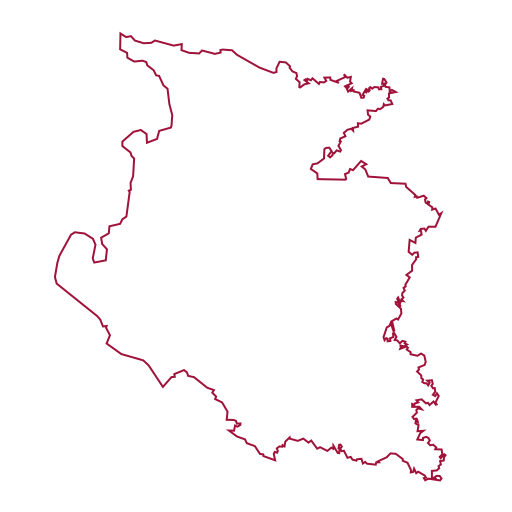 Nablus, West Bank, Palestine, rotated 183°
{"feature_id": "87354302B42764778113026", "entity_name": "Nablus", "entity_type": "district", "adm_level": 2, "iso_a3": "PSE", "parent_name": "Palestine", "parent_adm1": "West Bank", "projection": "natural_earth1", "projection_center": [35.262, 32.179], "detail": "fine", "context": "isolated", "style": "outline", "palette": "rose", "viewbox_px": 512, "rotation_deg": 183, "n_neighbors": 0, "source": "geoboundaries", "source_scale": "gbopen_adm2", "svg_char_len": 5906}
<svg xmlns="http://www.w3.org/2000/svg" viewBox="0 0 512 512"><g transform="rotate(183 256 256)"><path d="M441.9,267.5L452.3,246.0L454.0,239.0L455.7,224.5L453.6,218.0L411.3,187.6L408.2,184.3L405.1,177.6L401.5,178.3L402.0,176.5L397.7,169.2L400.6,160.8L385.3,151.0L363.2,145.9L357.6,141.3L342.1,120.4L334.1,130.6L330.8,131.1L331.4,133.8L321.9,138.3L318.8,136.1L317.5,132.7L311.6,131.8L297.8,121.9L291.0,119.9L292.5,117.2L288.5,113.6L289.3,111.0L282.2,108.0L276.3,99.1L276.7,90.9L269.8,91.1L267.4,90.3L266.3,87.6L262.8,88.0L262.8,86.5L265.6,84.6L268.0,85.6L268.8,80.4L273.9,80.3L265.6,74.8L257.4,72.3L255.4,68.6L247.2,66.1L241.6,58.5L238.4,58.3L238.1,56.6L226.2,53.0L227.9,59.3L227.0,61.4L224.7,60.6L224.0,62.4L225.2,64.9L222.6,67.1L219.7,66.9L219.5,68.5L217.6,67.4L217.0,72.2L212.9,76.6L212.6,75.3L204.6,73.6L199.2,76.1L193.8,72.4L191.2,74.6L184.8,66.8L182.0,68.4L174.5,65.1L170.8,68.5L168.8,67.5L168.8,70.7L164.1,63.6L162.6,63.5L162.6,68.7L163.5,68.6L163.1,71.8L161.8,72.1L160.3,70.2L161.8,68.0L160.4,65.6L158.0,66.1L154.1,59.3L150.9,60.3L149.0,57.7L145.0,56.9L144.6,58.2L140.1,59.0L138.4,54.4L136.2,56.1L134.3,54.4L125.5,53.9L125.2,56.1L122.5,56.4L123.5,57.3L115.0,61.8L111.4,65.9L106.1,65.8L98.8,60.9L98.7,59.2L93.9,57.5L90.0,50.3L90.1,48.0L87.7,48.6L87.0,51.9L84.6,47.5L82.7,49.1L76.0,45.6L74.8,43.8L76.7,43.0L75.3,40.9L72.3,42.7L60.5,41.5L59.1,43.5L61.0,45.9L64.0,45.9L66.3,44.3L65.2,43.3L69.6,42.7L68.7,43.6L69.1,50.6L64.3,51.3L62.0,53.6L62.7,55.7L60.5,57.5L61.4,60.8L57.8,61.6L57.8,64.7L56.3,67.0L57.7,67.9L61.0,63.7L62.0,65.0L59.6,67.7L60.5,72.5L66.9,72.4L66.0,74.3L69.2,76.8L72.1,76.1L74.5,78.3L72.8,80.8L74.0,83.1L76.4,84.3L79.8,83.1L79.7,80.9L85.3,81.2L82.7,87.7L79.7,90.2L85.5,89.5L84.8,95.6L88.0,97.2L87.8,99.6L85.7,98.6L86.2,100.3L87.1,102.0L89.7,101.5L91.3,103.5L87.2,107.9L87.8,110.6L86.3,112.3L82.6,111.6L85.1,114.0L92.1,113.5L92.3,116.4L90.1,115.5L89.8,117.0L86.3,118.3L88.2,120.3L83.1,121.5L78.5,117.7L76.5,118.4L74.9,116.2L71.1,120.0L68.6,116.9L67.8,117.3L69.1,118.9L66.2,125.8L68.1,128.3L69.7,125.5L72.1,126.7L69.9,129.8L70.6,133.5L72.3,133.1L74.1,135.6L72.8,137.5L73.8,141.1L78.4,140.5L76.0,138.5L77.3,135.8L79.0,137.8L81.3,137.8L83.3,138.9L82.7,141.5L84.5,142.7L84.7,145.4L89.1,149.1L87.3,151.1L87.9,153.2L81.9,156.0L81.0,159.2L82.7,165.4L86.1,167.2L89.6,164.8L96.5,166.0L96.6,168.1L100.6,170.5L99.5,172.4L101.0,173.5L107.1,170.9L106.3,173.2L107.7,174.3L103.4,173.5L100.5,175.5L103.0,176.6L102.3,178.2L105.3,178.9L107.8,176.3L110.5,179.1L113.1,179.4L111.5,182.6L114.0,186.3L115.1,185.8L114.6,182.3L117.8,180.8L117.4,178.2L120.1,177.7L120.2,180.2L121.6,180.8L123.2,178.6L124.4,181.6L121.7,191.5L119.1,193.2L118.0,196.2L114.8,188.3L114.0,188.7L116.8,198.1L112.6,200.9L110.8,200.0L107.8,206.3L108.5,210.9L113.8,215.4L114.1,217.3L112.1,217.2L108.8,212.9L112.8,220.6L111.9,222.0L109.5,216.8L108.6,218.9L106.7,218.7L108.5,220.3L106.6,222.2L108.1,224.3L107.9,226.7L105.6,229.2L107.0,231.9L104.9,233.5L105.4,234.9L101.4,242.7L104.8,245.0L99.3,249.5L99.7,255.2L95.9,261.1L96.1,263.1L93.9,263.6L94.8,268.1L98.0,267.6L100.0,265.4L103.8,268.1L103.4,280.1L97.5,277.4L97.4,282.7L91.7,286.0L92.8,290.3L93.8,289.9L92.9,291.7L89.2,292.2L87.7,290.0L85.2,294.3L78.3,294.6L73.2,308.5L75.5,306.8L79.2,312.8L82.5,311.5L82.4,313.8L86.7,316.5L85.8,318.9L87.1,319.4L87.8,317.3L89.4,318.2L90.2,321.3L88.8,322.7L91.6,325.0L98.1,322.6L98.6,324.0L100.5,323.4L100.1,325.3L109.7,332.9L110.5,336.0L125.2,335.9L128.5,340.8L148.1,341.2L151.4,348.2L155.1,350.9L150.7,353.4L156.0,356.4L163.6,346.8L166.6,347.8L167.9,344.1L171.4,342.5L170.0,337.6L170.9,336.9L198.5,336.0L199.1,341.7L205.8,345.8L204.2,350.5L199.5,351.7L193.2,356.9L193.3,366.3L191.7,367.6L188.5,368.0L186.0,364.7L189.2,359.9L187.1,358.4L184.9,360.6L184.6,363.1L183.3,362.6L181.0,365.7L177.4,364.7L176.7,366.2L179.4,370.3L177.3,374.8L178.5,375.1L178.0,377.8L173.0,380.2L174.7,383.6L171.3,386.8L167.5,388.1L165.6,386.3L166.0,388.9L160.8,390.5L161.2,393.9L157.9,393.6L150.0,398.2L149.2,401.3L151.5,403.0L152.2,407.3L143.8,407.0L141.9,409.5L139.8,409.1L136.8,411.5L136.3,414.3L135.2,413.1L127.9,414.9L129.6,418.4L131.9,418.4L133.0,420.1L131.4,421.2L131.7,425.3L125.0,427.1L129.0,429.0L131.0,426.9L131.6,431.4L135.4,431.7L136.3,433.4L134.8,436.1L137.1,439.4L138.4,439.7L139.1,434.6L137.2,434.9L137.1,432.7L140.1,431.4L139.6,429.1L141.9,428.9L142.6,430.8L146.7,430.9L148.7,429.2L150.6,430.6L151.8,429.5L151.1,427.5L152.3,426.1L153.2,427.0L155.0,424.3L153.2,427.8L154.8,428.6L158.0,422.5L156.3,421.7L156.7,419.8L159.1,419.5L161.2,424.4L167.2,425.5L167.3,426.7L169.4,425.9L168.9,428.6L172.6,425.0L174.0,427.6L171.6,430.5L174.6,428.8L176.0,430.1L169.5,433.5L171.2,435.1L170.7,439.8L174.1,438.8L177.7,442.1L176.2,439.4L185.0,434.8L182.3,433.2L190.9,435.8L191.2,438.2L197.0,437.7L195.0,434.5L197.2,432.9L201.3,433.1L202.2,431.1L208.9,436.4L210.4,434.3L213.8,435.6L214.2,434.0L215.6,435.1L216.8,434.2L212.4,431.2L216.7,430.0L220.7,426.6L221.6,427.0L221.5,431.8L225.5,435.0L224.4,437.8L225.2,440.8L229.2,442.2L232.3,445.8L232.0,447.3L236.4,450.9L242.6,451.2L245.4,444.4L245.2,440.8L248.2,439.8L262.5,444.4L285.5,455.9L290.7,460.2L300.1,460.4L302.3,459.8L302.0,457.3L307.6,455.7L320.6,458.4L323.4,455.3L333.5,455.4L341.2,457.7L341.2,463.7L349.2,461.8L368.2,465.9L371.7,463.4L379.3,462.6L388.2,464.8L392.4,469.0L397.1,467.8L403.0,471.1L402.5,455.3L395.4,452.1L394.8,447.3L387.8,443.8L379.5,445.1L375.7,443.9L374.5,440.7L367.9,436.1L365.2,431.2L362.2,430.8L357.4,421.6L353.1,418.4L350.5,403.3L347.0,392.3L347.2,382.1L347.7,379.8L359.2,375.9L361.0,367.7L370.8,363.4L371.7,372.1L377.6,375.8L384.8,373.6L395.4,363.3L395.2,358.8L386.7,352.8L385.6,349.5L382.8,347.0L382.9,329.2L385.1,322.4L384.4,315.6L386.4,314.6L385.5,313.3L387.5,288.6L391.4,285.7L393.4,281.0L403.9,278.0L404.2,270.9L411.6,266.2L410.3,260.0L405.2,254.9L405.8,243.8L417.2,241.0L418.9,245.1L416.9,258.9L419.8,264.7L428.4,269.5L438.2,270.2L441.9,267.5Z" fill="none" stroke="#9f1239" stroke-width="2"/></g></svg>